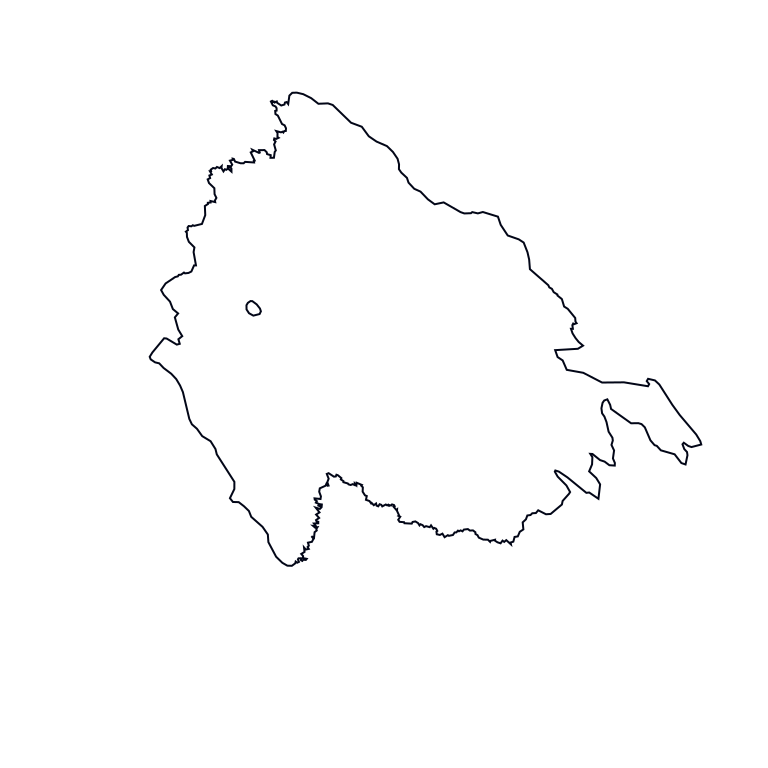 Mwenga, Sud-Kivu, Democratic Republic of the Congo, rotated 313°
{"feature_id": "63176286B33283671139480", "entity_name": "Mwenga", "entity_type": "district", "adm_level": 2, "iso_a3": "COD", "parent_name": "Democratic Republic of the Congo", "parent_adm1": "Sud-Kivu", "projection": "equal_earth", "projection_center": [28.252, -3.387], "detail": "fine", "context": "isolated", "style": "outline", "palette": "ink", "viewbox_px": 768, "rotation_deg": 313, "n_neighbors": 0, "source": "geoboundaries", "source_scale": "gbopen_adm2", "svg_char_len": 6167}
<svg xmlns="http://www.w3.org/2000/svg" viewBox="0 0 768 768"><g transform="rotate(313 384 384)"><path d="M562.7,478.8L564.3,467.1L563.5,462.9L567.4,456.2L567.0,450.5L567.7,449.8L566.9,445.5L568.1,441.9L567.4,439.0L568.3,436.8L567.5,412.4L574.0,405.3L578.2,399.1L582.7,389.7L581.7,383.9L577.0,373.2L580.0,360.8L584.1,353.2L577.2,339.0L572.8,336.3L569.9,331.3L568.2,331.1L563.5,326.4L561.9,322.7L557.5,303.8L550.0,298.5L549.0,290.2L549.6,279.5L547.4,273.0L548.0,264.6L550.4,260.2L550.4,252.5L551.3,248.4L554.9,245.2L558.0,240.3L559.8,232.3L560.0,223.9L556.2,213.2L554.8,203.9L557.0,192.3L552.6,181.7L553.1,156.2L551.0,151.6L544.2,144.9L543.4,135.8L540.9,127.3L537.6,121.5L534.4,118.3L530.4,118.1L523.4,123.0L523.8,120.5L522.3,119.6L520.5,120.6L517.6,118.9L516.8,114.1L517.5,112.9L515.4,112.1L515.7,111.4L514.3,110.5L515.1,110.2L514.9,109.1L513.5,108.6L512.0,112.6L513.0,115.4L512.5,117.3L510.7,119.0L509.5,118.2L507.4,120.5L507.9,123.3L504.6,132.1L505.4,134.9L504.2,137.9L502.1,139.6L501.0,138.6L499.3,138.9L499.4,137.8L497.8,137.0L495.5,132.7L494.9,135.0L492.0,137.6L492.2,139.0L489.7,138.0L488.8,136.3L487.4,137.1L487.4,139.3L484.3,140.2L481.0,145.6L479.2,145.8L474.4,149.2L472.0,146.7L474.1,145.1L472.4,141.7L473.5,140.2L473.6,137.1L469.8,133.1L468.5,135.3L467.8,135.0L465.5,127.9L464.9,129.5L462.5,128.6L459.2,137.1L458.4,136.6L457.4,137.9L451.7,130.9L449.7,130.8L447.6,128.5L445.1,123.4L446.2,120.7L445.6,119.6L444.8,120.6L442.3,119.0L440.9,123.4L439.0,123.7L437.8,122.2L437.5,125.5L435.3,127.6L435.2,123.5L436.3,123.0L436.2,121.8L434.9,122.9L433.1,122.6L432.6,121.2L430.0,121.6L431.1,117.8L432.6,116.7L429.8,116.5L428.8,113.8L426.6,113.7L425.4,111.7L422.6,111.1L421.8,112.3L420.9,111.5L419.8,115.2L417.4,114.1L416.0,116.4L413.4,115.5L411.6,119.0L411.5,126.4L407.3,130.6L405.8,134.5L402.8,135.2L401.9,136.5L399.5,132.3L398.5,133.4L396.4,131.6L395.6,132.5L392.0,131.6L385.6,138.1L376.9,141.7L370.2,137.3L369.7,135.9L368.0,135.6L366.3,133.4L364.5,133.6L362.8,135.7L360.3,135.2L360.1,136.7L357.2,139.6L354.9,144.3L354.6,152.2L350.6,154.8L342.5,165.6L341.2,164.2L334.9,166.4L331.9,165.3L329.2,163.0L329.1,161.7L325.5,161.0L323.9,159.5L322.1,159.8L319.8,158.3L308.6,155.7L300.7,156.9L299.0,162.1L298.3,171.3L294.8,178.5L295.2,185.3L290.1,185.6L283.5,196.4L281.4,203.8L276.5,203.1L274.1,207.2L271.5,205.6L269.0,194.0L267.5,192.0L249.1,193.1L244.1,194.1L242.9,196.6L243.7,201.8L245.8,205.5L245.4,211.9L246.4,221.4L245.9,228.7L243.8,235.9L240.9,242.5L225.7,265.4L223.5,271.0L223.7,277.7L221.9,286.6L223.9,296.2L221.5,305.1L218.5,309.7L210.4,341.3L205.1,346.2L195.4,349.2L194.7,354.0L198.5,358.3L199.1,364.9L199.0,371.8L196.3,377.5L196.7,392.6L194.7,401.7L189.5,407.3L184.1,422.9L183.9,431.6L185.2,437.2L188.2,440.6L192.3,441.4L193.9,440.5L194.1,442.4L195.9,443.1L197.1,440.6L198.2,440.4L199.9,442.1L198.5,443.6L198.9,444.9L200.4,444.7L202.0,446.8L203.4,446.7L201.4,443.4L203.0,442.2L203.3,439.4L207.0,440.4L209.9,437.0L209.6,439.7L212.1,441.4L212.7,439.3L214.5,439.3L216.1,436.6L219.4,438.9L222.7,438.0L223.2,434.8L223.8,437.7L228.3,434.3L231.0,434.7L231.8,433.4L233.8,433.0L232.0,431.6L231.9,428.9L233.6,431.1L234.2,427.9L237.3,430.9L238.4,429.9L237.5,428.4L238.1,427.1L241.8,427.9L242.2,423.4L246.1,424.4L247.0,418.4L248.9,422.3L251.3,422.4L253.5,420.7L252.4,419.1L250.8,420.3L250.3,418.9L252.0,418.4L250.8,415.1L252.5,414.8L252.2,412.2L253.0,411.2L256.6,416.0L258.8,414.5L261.0,410.1L263.9,408.2L269.7,410.6L271.5,410.0L271.1,412.1L271.9,412.7L273.5,409.5L277.0,408.1L279.2,403.5L281.0,404.3L282.1,410.6L283.5,411.8L285.2,411.1L285.8,412.4L286.1,417.0L284.8,417.5L285.3,420.6L284.5,421.3L286.6,425.4L286.4,426.5L287.4,428.5L289.4,429.4L290.1,431.5L291.3,430.4L291.1,432.9L293.1,431.3L295.1,436.7L294.1,436.8L294.0,439.0L290.7,441.8L289.6,446.0L290.3,447.8L287.0,449.8L288.5,453.2L287.9,456.0L288.6,456.0L288.4,459.2L291.2,459.7L290.0,461.6L290.6,463.2L293.1,462.8L293.8,464.5L293.3,466.2L297.1,467.5L297.4,469.1L298.6,469.4L298.2,471.6L299.1,470.5L300.1,472.1L301.4,472.0L302.3,473.9L301.9,475.1L300.8,474.7L300.3,479.0L301.2,479.1L300.1,480.0L298.2,484.6L297.4,484.5L298.0,486.4L294.4,487.0L293.8,489.4L296.6,492.9L296.1,493.9L300.8,499.5L302.6,499.0L304.9,500.7L305.5,503.8L304.8,506.4L306.3,506.3L307.1,508.5L306.8,511.0L308.7,511.7L310.5,515.1L312.7,514.8L311.8,518.8L313.0,518.9L313.7,520.8L312.9,523.2L311.7,523.1L310.1,525.1L311.7,527.8L314.4,528.8L313.3,532.8L317.0,533.8L317.2,535.0L320.6,537.4L323.6,536.9L324.8,538.1L327.2,538.1L327.4,539.3L329.2,539.9L329.8,541.9L332.0,541.7L335.1,544.3L335.4,546.8L337.6,548.9L337.9,551.9L336.7,553.2L337.2,555.5L336.3,558.1L337.9,562.7L341.0,566.2L340.9,569.2L341.8,568.8L345.8,571.4L345.1,571.9L345.6,574.9L347.0,577.9L350.3,577.5L350.5,579.6L353.2,579.9L353.3,586.2L354.4,584.7L356.9,586.1L361.2,583.8L363.8,585.8L368.5,584.1L372.7,585.1L377.4,579.8L381.8,580.1L385.6,578.5L388.1,580.5L390.6,580.6L393.2,583.1L396.8,582.9L399.2,591.3L402.6,594.5L417.2,596.3L420.3,594.4L429.8,594.2L431.9,593.8L434.2,586.6L434.7,574.2L436.4,568.7L437.6,568.3L439.2,571.7L440.8,581.8L442.4,606.2L444.6,608.1L446.3,619.1L458.0,610.5L460.0,603.3L460.0,593.6L467.1,591.0L472.6,586.3L473.6,582.5L475.0,584.2L475.7,593.9L477.7,598.3L478.3,604.2L481.7,608.4L483.7,606.7L485.7,602.2L492.3,597.6L494.6,591.9L498.7,589.9L500.5,587.7L502.3,580.8L507.9,572.7L510.5,567.4L511.3,563.5L514.5,559.6L519.3,556.7L522.1,556.3L525.1,557.8L523.0,563.6L520.6,567.1L523.8,591.5L528.8,596.7L530.3,599.7L530.2,604.3L524.5,617.3L523.8,623.6L524.8,625.7L524.3,631.7L530.8,644.5L529.0,655.4L530.8,659.4L538.9,654.5L540.9,652.0L541.2,648.0L543.5,643.4L545.5,643.3L546.2,648.8L547.6,651.9L556.1,657.3L557.9,654.3L560.0,646.8L563.0,621.4L565.4,609.1L571.4,585.7L571.4,579.7L567.9,573.6L565.3,574.2L564.8,578.0L562.4,578.6L548.9,558.4L533.8,542.5L528.1,522.1L519.0,508.0L523.1,498.6L522.1,492.6L525.5,486.1L542.0,501.8L547.8,503.4L547.5,497.7L548.2,492.8L549.6,487.4L551.9,483.1L553.2,484.5L555.5,481.6L557.1,481.2L557.0,482.0L559.8,483.4L560.2,481.5L562.7,478.8ZM344.8,232.6L347.8,229.7L350.5,229.1L353.6,229.8L354.8,231.2L355.4,236.6L354.6,241.8L353.2,244.4L350.3,245.3L344.9,241.8L343.7,237.0L344.8,232.6Z" fill="none" stroke="#020617" stroke-width="2"/></g></svg>